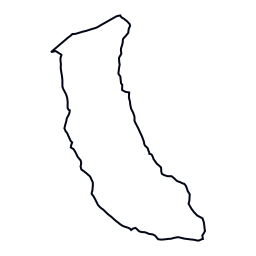 the district of West Mugirango, Nyanza, Kenya
{"feature_id": "3690345B36875351103563", "entity_name": "West Mugirango", "entity_type": "district", "adm_level": 2, "iso_a3": "KEN", "parent_name": "Kenya", "parent_adm1": "Nyanza", "projection": "robinson", "projection_center": [34.939, -0.572], "detail": "fine", "context": "isolated", "style": "outline", "palette": "ink", "viewbox_px": 256, "rotation_deg": 0, "n_neighbors": 0, "source": "geoboundaries", "source_scale": "gbopen_adm2", "svg_char_len": 3496}
<svg xmlns="http://www.w3.org/2000/svg" viewBox="0 0 256 256"><path d="M130.4,105.5L129.9,101.5L129.3,99.1L128.9,97.5L129.0,95.1L129.2,92.5L127.6,92.2L125.3,91.8L122.1,90.0L122.1,88.4L122.2,86.7L122.2,84.7L121.5,83.9L121.0,83.2L120.8,80.9L120.6,79.5L120.5,77.6L120.4,76.6L119.4,75.2L118.4,73.7L118.5,72.6L118.8,69.9L119.0,68.6L119.1,67.5L119.7,64.7L119.4,63.4L119.2,61.4L119.1,60.3L119.0,57.8L119.7,56.6L120.7,54.9L121.3,53.7L121.1,51.7L120.9,50.6L121.0,48.5L121.9,45.7L122.7,42.8L122.8,40.3L123.0,39.3L123.4,38.5L125.6,36.1L128.2,32.9L128.7,29.1L130.1,25.7L129.6,24.0L128.5,22.8L127.2,21.4L126.2,20.6L124.1,18.9L121.9,17.6L121.1,16.9L120.2,15.4L116.5,16.3L109.9,20.0L107.3,21.5L101.6,24.7L97.9,26.9L95.8,27.9L91.7,29.1L86.0,30.9L82.3,31.8L75.4,33.9L72.3,34.0L71.8,34.7L71.1,35.3L67.7,37.9L51.0,52.1L52.8,51.7L55.7,51.1L59.0,53.2L60.7,54.3L61.5,55.0L60.5,57.8L60.5,60.8L60.9,64.3L60.7,68.0L61.0,70.4L61.3,72.2L61.5,73.5L62.0,76.1L62.1,77.2L62.4,80.3L62.4,83.5L62.4,86.4L63.3,89.2L64.6,91.5L66.0,94.2L67.2,97.9L67.6,101.4L67.7,102.5L67.6,104.2L67.6,107.0L67.7,108.2L68.7,109.9L69.7,110.2L69.7,111.4L69.3,113.3L68.6,115.0L67.9,116.3L67.0,118.0L66.7,118.7L66.3,121.2L65.3,124.6L64.4,128.3L65.6,131.2L67.3,133.3L68.2,135.6L69.3,137.9L70.7,141.0L72.2,142.5L71.6,144.0L71.2,145.3L70.8,147.4L73.6,149.2L75.6,152.5L77.3,156.1L77.7,156.8L79.1,158.6L80.7,160.5L81.2,163.2L80.6,166.5L81.4,169.6L83.5,170.9L85.6,172.6L86.7,173.5L87.7,174.4L89.5,175.9L90.4,177.1L91.4,179.4L92.7,182.0L92.9,185.0L92.6,188.0L92.5,189.4L92.4,190.5L91.8,192.4L91.7,193.9L93.5,196.3L94.8,198.6L95.8,200.6L97.2,203.4L97.7,204.6L100.0,207.2L101.1,208.1L103.3,209.7L105.4,211.7L106.3,212.6L107.1,213.4L109.3,215.3L111.1,216.6L113.3,218.6L114.1,219.4L115.1,220.2L117.0,221.8L118.2,222.6L120.0,224.1L121.9,225.4L123.2,226.1L125.3,226.9L128.0,227.7L130.2,228.8L131.1,230.0L133.0,228.6L135.3,227.9L136.1,228.4L136.9,229.1L138.3,230.5L139.2,231.3L139.9,231.6L142.1,232.1L144.7,232.2L146.0,232.6L147.7,233.3L149.0,233.9L151.3,234.2L152.5,234.4L153.4,234.7L155.0,235.6L155.6,236.2L156.2,236.9L158.1,239.2L161.0,239.6L161.9,239.6L163.0,239.5L165.2,239.3L168.1,238.9L169.3,238.9L170.1,238.8L172.1,238.5L173.2,238.1L173.9,237.9L176.2,237.5L177.3,237.2L178.1,237.2L180.2,237.6L181.4,237.9L182.3,238.1L184.1,238.6L185.8,238.8L187.2,239.0L188.9,239.2L190.4,239.4L192.6,239.6L194.5,239.9L195.9,240.2L197.8,240.6L199.0,240.5L200.9,239.6L201.6,239.3L202.9,239.0L202.3,235.5L203.9,233.0L205.0,230.9L204.8,229.9L204.6,228.8L204.4,226.4L203.8,222.2L202.5,218.3L201.3,217.7L198.5,216.2L197.2,215.5L194.8,213.0L193.9,212.1L193.4,211.3L191.6,209.0L189.9,206.1L188.6,203.7L189.3,201.0L189.4,199.6L189.5,198.7L189.7,194.2L188.7,192.6L187.8,191.3L186.8,188.2L185.9,185.8L184.2,183.8L183.2,183.6L181.4,182.8L180.1,182.1L178.4,181.6L177.5,181.2L176.5,180.6L174.5,178.6L172.6,177.0L171.5,176.2L168.8,176.2L167.9,176.2L167.1,176.1L165.4,175.5L164.4,175.2L163.7,174.8L162.0,174.0L161.7,173.1L161.3,171.7L161.2,169.9L161.2,169.0L161.0,167.4L159.4,165.9L158.4,165.0L156.8,163.7L155.2,161.5L153.5,159.0L152.7,156.6L151.9,155.0L151.0,154.2L149.3,153.8L149.2,152.5L148.4,150.5L147.7,148.3L146.8,147.3L145.1,145.7L144.6,144.9L144.2,143.6L143.9,141.9L143.6,140.7L143.2,139.8L142.2,137.0L141.5,135.4L140.5,133.2L140.1,132.5L139.6,131.4L138.7,129.3L137.5,126.9L136.8,125.5L135.4,122.9L134.5,120.9L134.5,118.5L134.5,117.4L134.4,116.3L133.7,114.4L133.4,113.4L133.1,112.6L132.1,110.7L131.5,109.5L131.1,108.6L130.4,105.5Z" fill="none" stroke="#020617" stroke-width="2"/></svg>